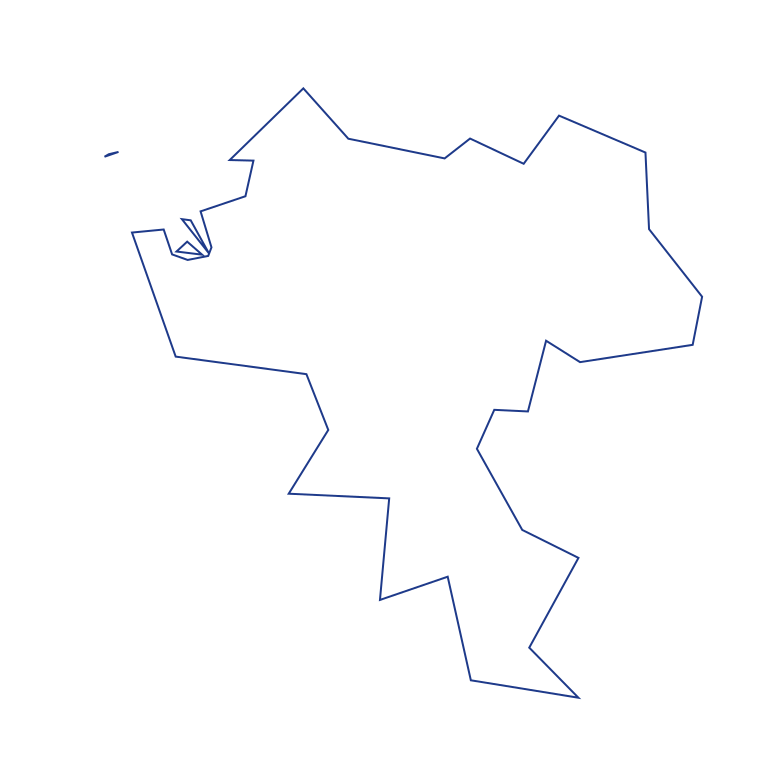 SVG path tracing the border of Cauca, rotated 7°
{"feature_id": "COL-1404", "entity_name": "Cauca", "entity_type": "Department", "adm_level": 1, "iso_a3": "COL", "parent_name": "Colombia", "parent_adm1": "", "projection": "albers", "projection_center": [-77.137, 2.145], "detail": "coarse", "context": "isolated", "style": "outline", "palette": "blue", "viewbox_px": 768, "rotation_deg": 7, "n_neighbors": 0, "source": "natural_earth", "source_scale": "10m", "svg_char_len": 762}
<svg xmlns="http://www.w3.org/2000/svg" viewBox="0 0 768 768"><g transform="rotate(7 384 384)"><path d="M115.4,264.4L146.5,257.5L157.9,281.2L174.0,284.8L193.9,278.3L196.1,269.4L180.9,235.0L223.6,214.5L227.2,178.2L203.6,180.5L267.9,100.4L318.7,144.9L416.7,152.7L439.5,129.9L495.8,148.4L525.0,96.3L615.3,122.4L628.2,198.0L689.1,258.6L685.6,307.5L575.9,338.4L539.6,321.3L530.2,393.7L496.6,396.2L484.1,437.0L539.0,512.0L598.2,532.9L560.3,628.0L615.2,671.7L506.3,667.5L470.7,567.5L406.3,598.8L403.1,496.9L302.8,504.5L334.3,436.4L305.8,383.7L173.9,382.2L115.4,264.4ZM172.2,245.1L194.2,275.5L163.3,245.0L172.2,245.1ZM161.9,277.8L171.3,266.7L187.7,277.8L161.9,277.8ZM82.8,189.5L92.2,186.0L78.9,192.5L82.8,189.5Z" fill="none" stroke="#1e3a8a" stroke-width="2"/></g></svg>